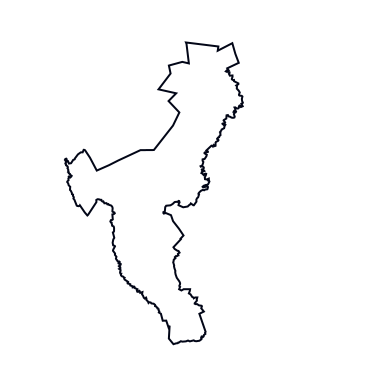 El Tule, Chihuahua, Mexico (orthographic projection), rotated 241°
{"feature_id": "50627088B96078514401884", "entity_name": "El Tule", "entity_type": "district", "adm_level": 2, "iso_a3": "MEX", "parent_name": "Mexico", "parent_adm1": "Chihuahua", "projection": "orthographic", "projection_center": [-106.33, 27.016], "detail": "fine", "context": "isolated", "style": "outline", "palette": "ink", "viewbox_px": 384, "rotation_deg": 241, "n_neighbors": 0, "source": "geoboundaries", "source_scale": "gbopen_adm2", "svg_char_len": 5998}
<svg xmlns="http://www.w3.org/2000/svg" viewBox="0 0 384 384"><g transform="rotate(241 192 192)"><path d="M302.6,299.4L303.1,283.0L306.5,285.6L325.7,259.2L324.2,259.0L306.0,251.6L310.5,246.6L313.8,233.1L306.0,230.7L298.0,212.5L286.0,226.0L282.9,215.6L267.7,219.5L259.3,207.6L247.2,179.0L253.6,167.2L255.3,142.9L255.7,132.3L256.9,119.1L271.5,119.4L280.4,118.7L281.0,118.3L281.4,117.7L279.7,115.6L280.6,113.9L280.2,110.5L278.1,105.8L277.5,105.3L277.5,104.5L277.7,103.7L275.8,100.2L276.5,98.2L279.3,98.5L279.8,98.1L279.4,97.3L279.9,97.1L281.5,98.3L282.1,98.2L282.3,97.3L281.7,96.4L280.5,96.6L279.3,96.2L278.2,95.0L277.4,95.4L276.4,94.8L275.0,95.5L273.9,95.5L273.2,94.6L271.8,94.7L270.8,94.1L270.1,94.1L269.6,93.3L268.8,93.7L268.1,93.3L266.9,94.0L266.4,93.7L264.5,94.6L264.1,94.1L263.7,92.6L265.2,91.8L265.1,91.5L264.0,91.3L263.7,90.4L262.1,89.7L261.7,88.2L261.3,87.7L259.5,87.9L257.7,87.4L255.6,88.0L253.0,86.3L251.9,86.6L249.5,86.5L248.3,86.0L247.4,86.7L246.3,86.0L244.7,86.1L243.7,85.1L242.3,85.4L236.0,84.6L235.4,84.9L234.5,86.1L234.4,87.0L234.7,87.5L226.1,88.3L222.2,89.1L222.4,90.0L229.5,103.5L231.4,104.4L231.5,105.8L230.7,107.1L229.9,107.7L229.1,108.9L228.4,108.6L227.0,109.1L226.8,109.9L224.6,109.9L223.7,111.8L222.2,112.0L222.0,113.0L220.9,113.2L219.6,114.6L218.0,115.1L216.4,114.8L213.7,113.0L213.2,113.0L211.7,114.2L210.8,114.1L210.6,113.0L211.0,111.5L206.4,109.4L206.3,108.5L206.7,107.4L205.8,106.3L205.0,106.3L204.3,106.8L204.1,106.5L202.2,106.3L201.3,105.8L199.8,106.8L198.3,106.4L195.5,104.8L195.1,104.2L195.0,103.2L189.6,101.8L188.7,100.2L186.1,98.0L183.6,97.2L182.3,98.3L181.8,98.3L179.9,95.3L178.9,94.4L175.5,94.9L174.4,94.1L172.0,94.5L170.7,93.2L169.7,93.1L168.3,93.5L167.5,93.3L166.9,93.7L166.5,94.7L166.1,94.8L165.7,93.5L165.2,93.1L164.8,93.3L164.4,94.5L163.7,94.8L163.0,94.4L162.6,92.1L161.8,92.3L161.5,92.8L160.9,92.8L160.0,92.3L160.0,91.0L159.3,91.3L159.2,91.8L158.8,91.8L157.6,91.3L157.2,90.6L156.2,89.9L155.4,89.9L154.9,90.5L154.2,89.7L153.4,89.5L152.2,89.9L151.2,90.9L150.1,91.0L149.7,91.4L149.2,90.7L148.1,90.6L144.3,92.6L143.8,92.3L143.7,91.5L143.2,91.4L141.3,93.3L140.2,92.7L138.4,94.3L137.3,93.8L137.0,94.3L137.3,95.5L136.8,95.7L135.5,95.5L133.5,97.1L132.6,96.0L131.3,95.8L130.8,96.4L131.3,97.9L130.7,98.2L128.9,97.8L128.5,100.1L126.7,98.7L125.0,98.9L122.9,98.6L121.6,99.1L121.9,100.6L120.9,100.5L119.5,99.8L117.7,100.4L116.1,100.2L116.4,101.1L115.4,102.3L114.2,102.5L112.9,104.3L111.2,105.0L110.1,104.4L109.7,105.0L109.1,105.0L107.4,105.7L106.9,105.3L105.7,106.0L104.5,105.4L103.4,105.6L102.7,104.6L100.6,105.8L93.6,104.0L92.0,107.1L84.9,105.8L85.9,107.6L75.0,100.7L67.9,102.0L67.3,104.8L66.7,106.2L67.0,107.0L66.7,107.4L66.9,109.9L65.8,111.0L64.3,114.3L64.0,116.5L62.4,117.7L61.4,121.6L60.3,122.2L59.4,123.4L58.3,126.4L58.6,128.8L60.0,129.2L61.0,130.4L60.8,130.8L59.8,130.8L60.0,132.1L61.2,133.2L61.4,134.9L62.6,135.2L63.1,136.1L81.9,139.4L81.7,144.4L85.8,143.7L87.3,145.3L87.9,145.2L89.5,143.1L91.4,142.2L92.2,140.8L93.0,140.2L93.4,140.4L94.6,143.6L95.5,143.9L97.2,145.5L98.2,143.6L98.2,142.1L98.8,142.3L100.1,141.3L103.2,141.1L104.8,140.1L106.5,142.1L107.9,143.2L111.0,137.7L111.0,135.0L113.2,133.6L114.8,135.6L115.5,135.3L116.3,135.6L116.9,136.6L118.0,137.4L119.8,137.6L124.4,137.1L127.9,137.7L130.2,138.5L131.0,139.2L133.9,139.7L135.9,140.3L136.4,140.8L139.7,141.5L139.9,141.9L141.7,143.3L141.7,144.1L142.3,144.8L142.2,145.3L143.2,145.4L143.2,145.8L143.5,145.9L143.7,146.8L143.4,146.9L143.2,147.9L143.7,149.0L143.3,149.0L143.2,149.4L144.8,149.8L145.0,151.7L147.0,151.6L147.6,150.8L150.6,149.2L152.7,149.0L156.1,159.4L156.7,159.3L158.1,163.5L166.2,162.8L175.7,161.3L181.9,162.4L186.3,158.9L186.8,156.9L187.4,156.8L187.9,157.5L188.2,157.4L188.3,158.9L191.8,161.3L192.5,162.8L190.8,166.7L190.9,169.3L191.6,171.9L191.1,173.4L190.4,174.4L190.7,176.0L190.3,176.4L188.8,176.0L188.4,175.0L187.0,173.8L182.9,176.9L181.4,181.2L182.0,183.4L182.0,184.4L182.6,185.4L179.8,186.7L179.5,187.2L181.4,191.2L183.2,192.1L184.1,193.4L184.4,194.8L186.5,197.0L187.2,196.7L187.6,197.0L188.2,198.4L188.7,200.5L188.6,202.4L187.6,203.5L187.7,205.0L187.0,206.5L187.1,207.0L188.6,208.4L189.1,208.4L189.7,207.6L190.6,204.0L191.4,203.8L191.8,205.2L191.4,207.7L190.9,208.7L191.0,209.9L192.7,212.3L193.5,212.4L194.1,211.8L194.6,212.7L195.6,213.2L195.8,210.9L196.9,209.6L198.6,210.3L200.1,212.4L201.0,213.2L201.5,212.8L201.7,211.7L201.2,210.4L203.4,209.9L203.9,209.4L204.7,210.2L204.4,213.0L205.0,212.9L205.6,211.4L206.7,211.3L206.9,211.7L206.3,212.2L207.3,214.0L207.9,214.2L209.1,213.7L209.8,213.0L209.9,212.0L210.4,212.0L210.2,213.8L211.9,215.7L212.8,216.5L214.2,216.4L215.4,217.1L215.2,218.0L214.8,218.5L214.8,219.1L216.2,221.8L217.0,222.6L217.4,223.0L219.8,221.7L220.2,221.9L220.4,222.4L219.3,225.2L219.7,225.5L220.7,224.5L221.3,224.5L223.1,231.5L222.9,231.9L221.6,232.3L222.5,233.8L221.1,234.1L221.0,235.0L223.7,236.5L224.2,237.4L224.1,239.6L224.4,240.2L225.1,240.4L226.0,239.7L226.4,239.8L227.0,241.3L226.8,242.3L227.4,242.7L228.0,244.6L229.2,244.9L229.9,245.6L230.8,245.5L231.6,247.5L232.3,248.2L232.2,251.0L233.9,252.5L234.7,253.9L235.4,253.7L235.0,252.3L236.9,251.7L237.0,251.9L236.5,253.7L236.9,254.7L239.2,254.3L239.5,254.6L239.6,257.6L242.3,259.4L241.9,260.7L240.4,260.7L239.0,262.1L238.0,262.5L237.0,263.8L236.6,265.2L237.2,265.9L239.9,266.4L240.7,267.9L240.5,268.7L240.9,269.5L241.6,269.5L241.6,267.5L241.9,267.2L242.6,268.3L242.7,269.6L243.8,270.2L245.3,270.2L245.1,270.8L243.4,271.7L242.7,272.7L242.9,273.7L244.2,274.6L244.6,275.5L244.2,276.0L243.1,275.6L242.6,275.9L242.4,277.9L245.3,278.0L245.2,279.4L245.5,279.8L247.2,279.9L249.2,280.7L251.1,282.4L252.0,282.1L253.3,280.3L253.8,280.1L254.4,280.3L255.9,282.0L257.9,282.0L260.7,281.3L262.7,282.6L263.7,282.3L263.8,284.8L264.5,285.2L268.5,282.5L269.6,283.0L269.8,282.3L271.2,281.5L271.9,281.9L273.1,283.3L274.3,283.9L275.4,281.5L277.5,281.6L277.7,282.4L278.5,282.9L279.5,282.2L280.1,280.8L281.1,280.1L281.6,281.7L281.0,283.0L283.1,282.8L282.3,295.5L291.8,296.9L302.6,299.4Z" fill="none" stroke="#020617" stroke-width="2"/></g></svg>